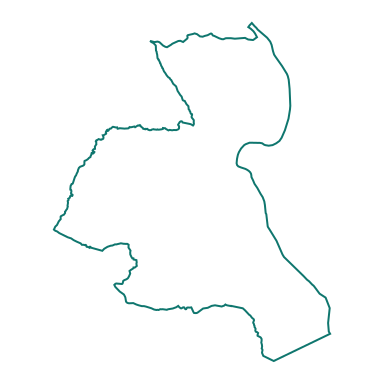 Bujoreni, Vâlcea, Romania (Equal Earth projection)
{"feature_id": "2599482B76085305979225", "entity_name": "Bujoreni", "entity_type": "district", "adm_level": 2, "iso_a3": "ROU", "parent_name": "Romania", "parent_adm1": "Vâlcea", "projection": "equal_earth", "projection_center": [24.339, 45.168], "detail": "fine", "context": "isolated", "style": "outline", "palette": "teal", "viewbox_px": 384, "rotation_deg": 0, "n_neighbors": 0, "source": "geoboundaries", "source_scale": "gbopen_adm2", "svg_char_len": 5928}
<svg xmlns="http://www.w3.org/2000/svg" viewBox="0 0 384 384"><path d="M330.1,333.8L328.8,331.6L328.1,323.0L329.7,308.1L325.6,297.6L319.6,293.7L314.4,286.7L313.5,285.6L312.3,284.7L309.1,281.3L307.0,279.7L303.7,276.2L284.0,257.0L282.5,254.5L276.5,240.8L269.5,229.4L268.0,227.1L267.7,226.3L266.3,214.2L265.7,213.1L264.9,205.0L264.3,201.4L262.7,197.2L260.6,193.9L257.3,187.9L254.5,183.8L253.0,180.2L251.5,177.2L251.3,175.1L251.0,173.7L250.2,172.3L248.9,171.0L247.3,169.9L245.4,168.9L241.1,167.5L238.3,166.4L237.1,165.1L236.6,163.3L237.0,159.0L237.6,156.1L237.9,154.8L238.9,152.2L241.1,148.5L244.2,145.1L245.7,144.2L249.6,142.7L260.0,142.9L262.2,143.3L264.3,144.8L265.6,145.2L268.7,145.7L272.6,145.1L276.2,143.3L279.4,141.0L281.6,137.8L284.9,130.3L288.5,118.7L290.0,109.4L290.3,105.8L289.6,88.9L288.7,79.7L287.8,76.1L286.9,73.9L282.1,66.1L275.4,56.6L274.1,54.6L273.0,51.1L271.6,44.9L270.2,41.6L267.1,37.7L257.7,29.6L256.3,27.8L254.6,26.2L251.8,23.0L249.6,25.3L248.3,27.1L250.8,28.8L253.5,31.3L255.1,33.6L257.0,37.2L253.3,39.9L252.8,40.0L248.2,39.5L245.0,37.9L234.8,38.7L230.9,38.2L226.6,38.2L225.6,38.3L223.5,39.2L222.0,39.2L219.2,38.3L214.2,35.9L213.1,35.6L212.7,35.3L211.9,34.0L211.4,33.6L210.6,33.6L207.6,35.2L204.8,35.9L202.7,36.7L200.0,36.4L197.1,34.2L194.6,33.4L192.9,34.0L188.0,35.1L187.5,35.5L187.3,35.9L187.6,37.5L187.3,38.5L183.1,42.0L180.3,40.8L178.3,41.0L172.4,43.7L171.0,44.8L167.0,47.2L165.3,46.8L163.0,45.5L159.7,42.4L158.7,41.9L157.5,41.6L154.4,42.1L150.1,40.9L151.3,42.0L153.5,43.1L155.5,45.2L155.8,45.7L156.0,50.6L156.6,51.7L156.7,52.8L157.2,54.7L157.5,58.1L158.6,59.5L158.4,59.7L159.6,61.5L160.1,63.2L160.4,63.3L161.2,65.7L162.3,67.5L162.2,67.9L163.0,68.7L163.2,69.5L164.0,71.4L165.3,73.1L166.7,75.4L168.4,77.4L169.5,77.9L170.4,79.4L171.2,80.0L173.2,83.8L176.1,86.4L177.6,90.9L180.3,95.1L181.6,96.5L182.7,100.0L183.4,100.6L184.7,100.9L186.5,104.2L188.4,106.2L188.7,109.3L189.6,110.3L189.7,111.1L190.2,111.6L190.5,113.0L191.2,114.0L191.9,114.1L192.1,114.8L191.6,116.5L191.7,117.5L193.7,120.0L193.8,120.6L193.7,122.4L193.9,123.4L193.7,124.6L193.0,125.5L191.2,124.4L190.0,124.0L182.6,122.5L182.2,121.7L181.7,121.3L180.6,121.4L179.7,122.1L178.1,124.7L178.3,125.3L179.0,126.1L179.1,126.5L179.0,128.4L178.6,129.0L177.9,129.5L176.2,130.1L173.8,130.0L172.1,130.3L169.7,129.9L168.4,130.4L165.5,128.7L165.3,128.3L163.0,128.0L162.9,128.9L161.7,129.3L158.7,129.7L158.0,129.7L157.5,129.4L156.8,129.7L153.9,129.4L153.6,129.2L152.0,129.5L151.1,130.1L149.5,130.2L148.1,129.7L147.4,128.9L146.8,129.1L145.9,128.8L145.2,129.3L144.2,128.9L143.3,128.9L143.0,128.2L140.8,126.4L140.4,125.5L139.9,125.1L139.0,125.7L138.4,125.4L137.8,125.5L135.1,127.2L134.4,126.5L131.3,127.2L130.5,127.3L129.8,127.0L129.1,127.5L128.8,128.1L128.1,128.4L124.4,128.6L119.7,128.2L119.0,128.5L117.6,128.7L117.2,127.4L116.0,127.5L113.0,126.8L112.2,127.3L110.7,128.7L109.8,128.7L109.4,129.0L108.7,130.2L108.3,130.7L107.5,131.0L107.2,130.7L107.1,130.0L106.9,130.1L105.8,132.1L105.9,132.6L106.2,133.2L106.1,133.7L103.7,135.2L102.8,135.3L103.5,137.1L103.3,138.6L102.6,139.2L101.4,139.4L101.3,139.7L100.9,139.8L98.6,139.1L97.3,140.0L96.5,140.2L95.8,141.2L95.8,141.5L96.3,141.9L96.2,143.2L96.4,144.2L94.9,146.5L95.0,148.8L94.3,148.9L93.3,149.5L92.6,150.5L92.8,150.9L94.4,152.0L94.3,152.4L93.3,153.4L92.9,153.6L92.5,153.3L92.1,152.8L91.7,152.9L91.1,155.3L90.5,156.3L90.4,157.1L89.0,157.9L87.8,159.2L86.3,160.2L84.6,160.9L84.4,161.7L84.4,164.3L83.8,165.2L82.8,165.8L80.2,166.7L78.9,167.9L77.9,170.4L77.9,171.1L77.6,171.9L76.7,173.6L76.0,175.5L75.2,176.4L74.6,177.9L72.9,183.2L72.5,183.8L71.6,184.0L71.2,185.0L70.8,185.4L70.6,186.1L70.3,189.1L70.4,189.7L71.0,189.8L71.2,190.2L71.4,191.2L71.3,192.1L71.0,193.1L71.3,194.0L72.5,194.7L72.5,195.5L72.2,195.9L71.0,195.6L70.4,195.9L70.4,196.4L70.0,196.8L69.8,197.7L68.2,198.8L68.6,199.7L68.4,200.3L67.7,201.0L68.0,202.8L67.5,205.9L67.8,206.4L67.1,208.9L66.2,210.0L65.8,210.8L65.0,211.7L65.1,213.0L63.9,214.7L62.9,215.1L60.8,216.3L60.6,216.8L60.7,219.1L58.8,221.3L57.0,225.0L55.3,226.6L53.9,229.6L55.2,230.7L57.2,231.5L59.3,233.1L67.8,237.3L71.2,238.4L73.6,240.1L76.8,241.7L80.7,243.4L81.9,244.8L83.8,244.8L84.4,245.1L85.7,244.9L86.3,245.5L86.4,246.5L86.7,246.8L88.1,247.0L89.6,247.8L89.8,247.5L89.9,246.8L90.4,246.8L91.1,247.7L102.3,250.8L104.2,248.8L107.5,246.8L110.7,245.7L112.5,245.5L114.9,244.4L116.4,244.4L120.9,243.3L123.8,243.8L127.4,243.9L128.6,244.7L128.5,247.6L130.5,250.6L130.2,252.3L130.3,254.5L131.5,257.1L132.3,258.3L133.4,258.3L133.6,259.5L136.4,260.1L136.7,262.3L136.4,263.8L136.8,265.9L134.7,267.6L133.5,267.5L133.4,268.2L133.1,268.5L130.9,269.9L129.5,271.0L130.2,273.5L129.3,275.7L128.2,277.8L127.6,278.5L126.4,279.3L124.4,280.1L123.3,280.8L122.6,283.5L122.3,283.8L121.9,284.0L116.3,283.5L115.4,283.8L114.3,284.9L115.4,287.0L119.7,291.5L123.9,294.5L125.1,296.8L125.4,297.7L126.0,301.4L126.4,302.1L127.4,302.9L129.0,303.3L133.3,303.1L136.3,304.5L138.7,305.3L141.7,306.1L143.9,306.1L146.0,306.6L151.5,308.3L154.0,309.5L156.4,310.0L157.3,309.8L158.6,310.0L160.2,309.2L161.4,309.3L162.7,309.2L166.9,309.8L167.4,309.5L168.5,309.2L172.8,308.5L176.3,307.2L178.2,305.9L179.4,307.3L180.8,308.3L181.6,308.3L183.2,307.3L184.0,307.3L184.4,307.6L184.7,308.4L185.5,309.2L186.2,309.1L187.0,307.7L187.7,307.5L189.6,307.6L191.3,307.4L193.4,312.0L194.1,313.0L195.7,313.1L196.7,313.0L197.6,312.6L203.1,308.5L207.8,307.8L211.6,305.9L215.0,305.3L221.7,306.5L224.2,305.6L225.4,304.5L226.4,305.1L227.4,305.4L231.1,306.1L231.2,305.9L242.8,308.3L245.0,310.3L249.2,314.8L250.3,315.5L251.9,317.7L253.7,319.2L253.9,319.7L254.0,320.3L253.3,322.2L253.2,322.8L253.9,324.0L254.1,325.2L254.4,325.5L254.6,327.2L255.0,327.6L255.6,328.9L255.3,330.3L255.5,331.1L255.8,331.7L257.2,332.2L258.1,333.0L257.5,335.2L257.6,335.8L260.3,337.2L260.8,337.6L261.6,339.0L261.6,340.8L261.3,342.6L261.9,344.6L262.1,346.6L261.7,348.6L262.3,349.3L262.5,350.0L262.0,352.8L263.3,355.9L273.7,361.0L330.1,333.8Z" fill="none" stroke="#0f766e" stroke-width="2"/></svg>